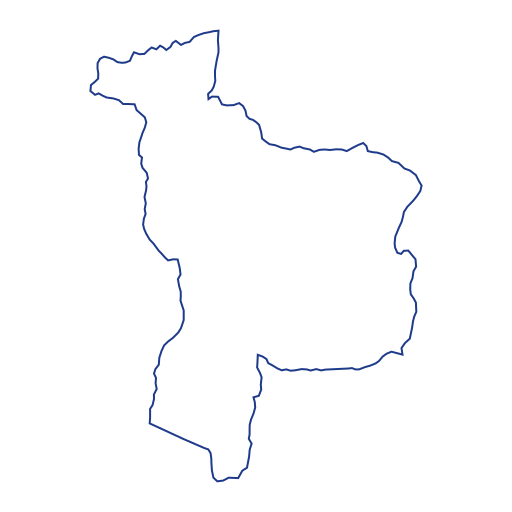 the district of General Salgado, São Paulo, Brazil
{"feature_id": "56859067B40214897962213", "entity_name": "General Salgado", "entity_type": "district", "adm_level": 2, "iso_a3": "BRA", "parent_name": "Brazil", "parent_adm1": "São Paulo", "projection": "natural_earth1", "projection_center": [-50.427, -20.643], "detail": "fine", "context": "isolated", "style": "outline", "palette": "blue", "viewbox_px": 512, "rotation_deg": 0, "n_neighbors": 0, "source": "geoboundaries", "source_scale": "gbopen_adm2", "svg_char_len": 3207}
<svg xmlns="http://www.w3.org/2000/svg" viewBox="0 0 512 512"><path d="M149.7,423.4L183.2,438.9L204.2,448.0L208.3,449.4L210.6,453.2L211.3,458.6L211.4,462.7L211.9,470.3L213.4,477.6L217.3,481.3L223.1,480.6L228.7,477.7L238.2,478.1L242.3,470.7L247.0,467.7L249.1,456.6L249.7,449.7L251.6,443.6L248.8,438.8L249.6,434.4L249.6,429.1L249.7,424.8L251.0,419.6L253.5,413.6L255.2,407.5L254.8,402.2L253.5,397.3L258.8,395.8L261.2,389.6L260.8,384.7L261.6,377.2L259.9,372.8L257.1,367.4L257.4,363.3L257.8,354.8L262.7,356.6L266.5,359.1L268.2,363.1L272.5,365.4L277.2,368.3L281.7,370.3L286.3,369.4L290.6,370.7L295.2,370.3L301.5,369.1L306.7,369.4L310.7,370.5L316.3,369.1L321.1,370.4L325.4,369.6L348.3,368.5L352.0,368.1L355.4,369.4L359.0,369.4L365.3,367.0L370.3,365.6L375.8,363.3L379.1,360.9L382.6,356.6L386.6,353.7L391.5,351.7L402.5,354.6L401.5,348.1L404.9,343.1L409.8,338.7L411.0,332.9L412.1,327.7L413.0,321.4L414.2,316.6L416.3,311.8L416.1,307.3L415.9,302.6L413.8,298.6L410.8,294.3L410.2,289.3L410.4,283.4L412.5,278.2L413.5,271.2L416.1,266.7L415.5,259.3L408.3,250.6L403.8,250.8L401.1,253.9L397.4,252.8L395.1,247.7L394.6,243.5L395.3,236.5L398.9,227.7L401.6,221.9L403.0,216.7L403.9,212.0L407.4,206.7L413.3,200.6L416.9,196.1L420.3,191.0L421.6,185.6L418.7,180.7L415.9,175.1L409.9,170.5L404.4,168.5L398.5,162.9L391.9,161.1L388.2,157.6L383.4,154.5L377.2,152.6L372.8,152.2L367.8,151.1L366.4,146.1L363.2,143.0L358.2,145.0L351.9,148.2L346.8,151.1L341.8,149.5L336.0,149.3L330.0,150.0L324.9,149.5L319.7,149.8L313.9,151.8L309.9,149.5L303.5,148.2L299.6,146.6L294.5,147.7L290.4,149.5L286.3,148.6L281.6,147.7L275.2,145.2L269.5,144.2L265.7,141.5L262.1,138.6L261.2,132.3L259.1,124.9L256.0,122.0L253.0,119.9L249.5,118.8L246.6,116.1L245.5,110.7L243.0,106.0L239.1,103.1L233.6,105.1L226.8,105.4L222.0,104.4L218.1,96.8L212.0,96.6L208.5,99.1L208.1,93.9L211.7,90.5L213.7,86.8L215.3,80.9L215.0,76.4L215.0,70.6L216.6,61.0L218.5,52.3L218.5,48.2L217.9,40.2L218.5,30.7L213.4,31.2L208.6,32.3L203.8,33.2L198.5,35.0L193.9,37.0L189.6,41.9L184.9,42.9L181.0,44.9L175.8,40.9L172.6,43.0L170.5,46.9L166.3,50.0L163.4,47.5L160.1,45.7L156.4,49.3L151.6,47.5L148.2,50.2L144.4,53.9L139.4,54.2L134.0,52.3L132.0,56.0L129.9,60.8L125.5,62.5L121.9,62.8L117.4,62.1L113.4,59.4L108.9,57.8L104.0,56.7L100.0,58.8L97.6,63.2L97.5,68.5L98.3,73.5L98.1,78.7L94.7,82.0L91.0,85.0L90.4,91.0L95.0,94.8L98.7,93.4L102.7,95.7L106.6,97.5L113.2,98.4L119.0,100.2L123.1,104.0L127.9,104.0L134.6,104.3L136.6,110.1L144.8,117.3L146.3,122.3L144.8,127.7L142.4,133.3L141.1,137.4L139.4,142.3L138.6,148.8L139.0,154.9L142.0,157.5L141.2,163.6L142.5,167.8L146.7,172.8L148.0,178.4L145.9,182.1L146.5,186.1L146.1,190.3L144.5,197.0L145.8,203.3L144.7,209.1L145.6,214.0L143.9,218.6L143.1,224.6L144.2,229.1L146.1,233.5L149.7,239.6L153.5,243.6L158.8,250.8L161.5,253.5L165.0,257.5L168.1,260.4L173.3,259.3L177.7,259.5L179.8,268.4L180.5,274.6L177.9,279.1L179.2,286.4L180.7,291.4L180.8,296.3L180.5,300.6L182.2,305.9L183.7,310.4L183.7,320.1L181.0,328.1L178.3,332.5L173.0,337.8L168.0,341.6L164.1,345.4L161.5,351.0L159.3,357.8L158.8,364.7L155.4,369.1L154.0,373.6L156.0,377.9L155.6,383.3L156.7,389.0L153.9,394.5L154.0,399.0L152.6,405.0L150.1,408.9L150.1,417.6L149.7,423.4Z" fill="none" stroke="#1e3a8a" stroke-width="2"/></svg>